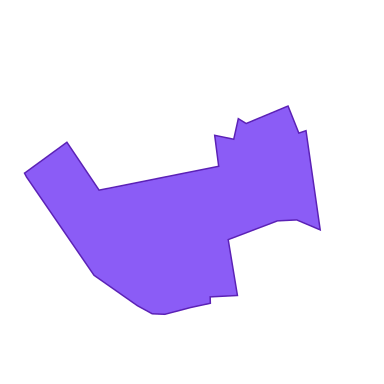 Mvurwi, Mashonaland Central, Zimbabwe, rotated 326°
{"feature_id": "62879985B19451757525909", "entity_name": "Mvurwi", "entity_type": "district", "adm_level": 2, "iso_a3": "ZWE", "parent_name": "Zimbabwe", "parent_adm1": "Mashonaland Central", "projection": "orthographic", "projection_center": [30.851, -17.024], "detail": "fine", "context": "isolated", "style": "filled", "palette": "violet", "viewbox_px": 384, "rotation_deg": 326, "n_neighbors": 0, "source": "geoboundaries", "source_scale": "gbopen_adm2", "svg_char_len": 473}
<svg xmlns="http://www.w3.org/2000/svg" viewBox="0 0 384 384"><g transform="rotate(326 192 192)"><path d="M126.0,286.9L145.0,294.5L148.4,289.1L171.8,303.2L195.4,251.7L246.7,263.7L263.2,273.7L277.1,295.1L320.8,204.9L313.5,202.9L319.7,174.4L275.2,165.5L271.4,157.1L256.1,171.6L242.5,157.7L228.5,185.6L116.0,138.5L116.1,80.8L64.2,82.7L63.7,82.7L63.2,87.1L64.2,206.3L83.2,255.8L90.9,270.7L101.1,278.2L126.0,286.9Z" fill="#8b5cf6" stroke="#5b21b6" stroke-width="1.5"/></g></svg>